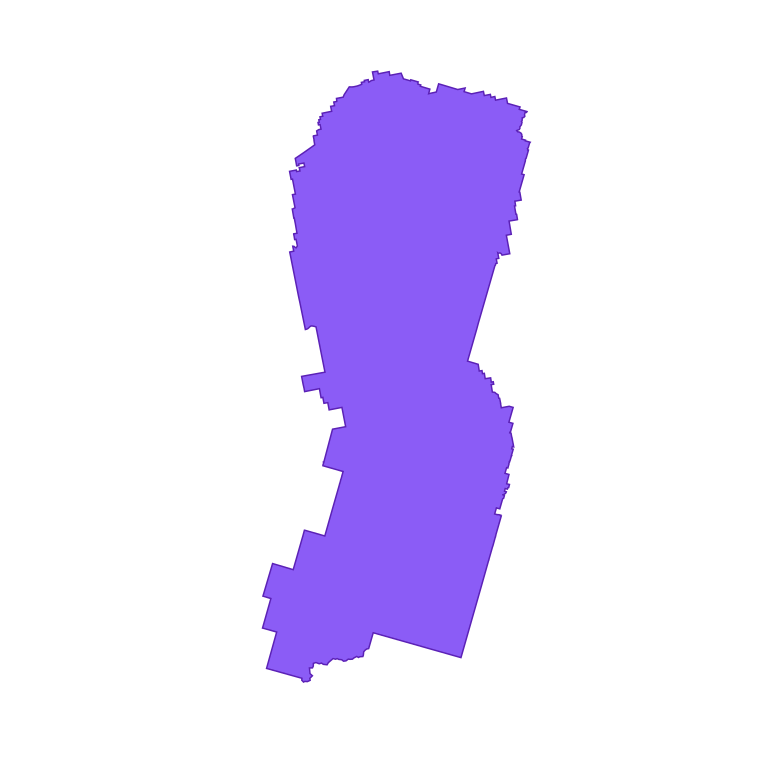 the district of Beverley, Western Australia, Australia, rotated 286°
{"feature_id": "25037944B89171502248139", "entity_name": "Beverley", "entity_type": "district", "adm_level": 2, "iso_a3": "AUS", "parent_name": "Australia", "parent_adm1": "Western Australia", "projection": "orthographic", "projection_center": [116.842, -32.16], "detail": "fine", "context": "isolated", "style": "filled", "palette": "violet", "viewbox_px": 768, "rotation_deg": 286, "n_neighbors": 0, "source": "geoboundaries", "source_scale": "gbopen_adm2", "svg_char_len": 5768}
<svg xmlns="http://www.w3.org/2000/svg" viewBox="0 0 768 768"><g transform="rotate(286 384 384)"><path d="M125.4,442.2L141.9,442.2L142.2,533.4L217.1,533.3L243.0,533.2L243.3,533.3L243.5,533.3L243.7,533.2L244.2,533.3L244.8,533.2L245.7,533.2L248.6,533.2L249.3,533.2L249.5,533.2L250.8,533.2L251.3,533.2L251.6,533.2L252.7,533.2L253.3,533.2L253.5,533.2L253.8,533.2L255.3,533.2L255.7,533.2L257.2,533.2L257.5,533.2L258.4,533.3L266.5,533.2L266.9,533.2L267.8,533.2L267.9,533.3L268.1,533.2L269.5,533.2L269.8,533.1L289.5,533.1L289.5,532.4L290.1,532.4L290.0,531.1L290.1,530.6L289.7,529.1L289.6,528.8L289.6,526.9L289.6,526.2L295.9,526.2L295.9,529.7L306.3,529.7L307.1,530.5L308.0,530.5L310.0,530.5L310.1,530.4L310.1,529.1L310.4,528.9L310.6,529.4L310.9,529.7L312.0,530.7L312.2,530.9L312.4,531.0L312.9,531.1L313.9,531.3L314.1,531.3L314.1,529.4L316.9,529.3L317.0,531.6L318.2,531.6L318.8,532.4L322.0,532.3L321.9,529.4L331.5,529.1L331.5,524.9L337.4,524.9L337.4,526.2L341.4,526.2L341.5,526.2L341.8,526.1L342.0,525.9L342.3,525.9L342.5,526.0L343.6,526.2L343.8,526.0L343.8,525.9L344.0,525.8L344.3,526.0L345.0,526.2L345.0,526.3L349.6,526.3L350.1,526.5L350.1,526.2L356.9,526.2L356.9,524.6L359.3,524.6L359.3,526.0L361.1,525.1L361.4,525.0L362.9,524.2L363.7,523.8L367.7,521.8L368.2,521.5L368.4,521.2L368.6,521.2L371.7,519.7L371.7,518.3L372.3,518.3L372.3,518.8L381.7,518.8L381.7,514.6L397.1,514.6L397.1,510.5L393.5,503.3L397.4,501.4L397.5,501.5L402.1,499.1L402.0,498.2L405.2,496.6L405.6,494.6L406.5,492.8L406.1,490.4L412.9,487.2L414.0,489.5L416.3,488.4L415.4,486.6L419.3,484.8L417.0,479.8L421.9,477.5L421.1,475.8L423.9,474.5L422.7,472.0L428.9,469.1L428.9,468.8L429.0,458.0L440.4,458.0L448.7,458.0L462.3,458.0L468.6,457.9L528.2,458.0L529.0,458.3L530.7,458.3L531.3,459.4L535.2,457.4L535.3,457.4L536.4,459.7L541.1,457.4L541.3,457.3L541.2,457.5L541.3,458.2L541.6,458.6L541.9,459.1L541.9,459.5L541.7,460.5L541.1,461.3L540.4,461.9L543.9,469.0L560.7,460.6L563.0,465.1L575.1,459.3L578.7,466.9L578.8,467.0L583.7,464.7L583.8,464.5L583.6,464.0L591.1,460.4L591.6,461.4L595.8,459.4L598.6,465.2L605.8,461.7L605.8,461.0L623.8,461.0L623.8,458.4L637.4,458.4L638.1,458.2L639.5,458.0L640.1,458.4L648.6,458.4L648.6,457.6L649.3,457.6L649.8,457.0L650.2,457.2L650.8,457.4L651.2,457.5L655.4,457.5L655.8,457.6L656.7,457.9L656.7,457.5L656.7,452.8L657.4,452.8L657.4,448.7L659.9,448.7L659.9,448.3L660.1,448.3L662.0,447.6L663.0,446.4L663.5,444.6L663.3,442.9L664.2,441.7L665.9,443.9L667.3,444.2L668.6,443.7L671.1,444.7L671.7,444.5L673.4,444.6L674.1,444.1L674.3,443.8L675.2,444.2L676.0,443.9L676.7,443.9L678.0,443.5L678.6,444.5L678.6,444.8L680.1,445.6L681.8,444.8L684.1,444.8L684.1,445.8L684.8,446.3L685.3,446.4L685.3,438.3L687.8,438.4L687.8,425.4L692.7,422.9L687.6,413.0L690.9,411.3L689.0,407.8L691.7,406.4L688.9,400.9L692.7,398.9L687.0,388.1L687.1,380.4L690.9,380.4L687.4,373.7L687.6,356.7L687.6,353.8L679.1,353.8L676.3,348.6L675.3,346.9L680.1,346.8L680.2,336.9L681.6,336.9L681.6,334.0L683.0,333.6L683.3,333.5L683.8,333.6L683.8,325.9L682.7,325.9L682.7,318.6L687.5,314.8L682.3,304.5L685.7,302.9L680.6,293.0L683.0,291.7L680.8,286.9L673.5,290.6L672.4,288.6L672.2,288.2L671.9,287.9L671.6,287.7L671.3,287.5L669.9,286.2L670.2,285.9L672.2,284.9L670.4,281.4L669.2,282.0L667.7,279.1L666.0,280.0L665.9,280.0L663.4,276.6L662.9,275.8L662.2,274.5L661.3,272.8L661.0,272.1L660.7,271.2L660.0,268.7L652.9,266.5L651.3,266.0L650.6,265.9L648.5,265.7L645.4,259.6L643.6,260.4L643.1,260.6L642.6,260.7L641.2,258.0L637.9,259.7L636.2,256.2L631.7,258.5L627.8,251.0L627.2,249.9L624.5,251.3L623.2,248.8L620.8,250.0L620.0,248.5L617.8,249.6L617.2,248.5L615.0,249.6L615.7,251.1L611.6,253.2L610.7,251.4L610.5,251.1L608.7,249.5L604.9,251.4L603.1,247.8L602.8,247.7L598.9,249.7L598.7,249.6L594.8,251.5L584.2,243.0L576.4,236.5L573.1,238.2L569.6,239.9L569.6,240.0L570.6,241.9L571.9,241.3L574.3,246.1L571.1,247.8L568.6,242.9L565.6,244.5L564.1,241.4L565.5,240.7L562.4,234.6L555.1,238.3L555.7,239.6L542.1,246.5L540.8,243.8L532.2,248.2L528.9,249.9L527.0,247.9L526.9,247.6L518.6,251.6L518.8,252.0L514.8,254.0L514.7,254.1L504.9,258.8L503.5,255.8L503.3,255.8L501.2,256.9L498.2,258.3L498.8,259.6L492.8,262.7L490.7,262.0L490.8,261.0L491.5,259.5L491.3,258.3L486.8,260.6L484.9,257.0L447.6,276.2L444.5,277.8L439.1,280.7L414.7,293.4L415.5,294.7L416.2,295.5L416.8,295.9L418.0,296.6L419.0,297.2L419.3,297.4L419.3,297.5L419.9,298.4L420.1,299.9L420.2,301.6L420.1,303.0L419.9,303.1L417.2,304.4L417.1,304.5L395.6,315.5L379.1,324.0L368.6,302.7L361.3,306.4L357.7,308.4L354.8,309.8L361.7,323.2L357.9,325.1L353.6,327.2L353.8,327.8L353.7,327.8L354.3,328.9L348.9,331.6L350.6,335.1L344.0,338.4L349.9,350.0L332.4,358.9L326.4,347.0L292.2,347.7L292.2,347.3L290.9,347.7L290.0,347.7L289.3,347.6L289.1,347.7L288.6,347.8L288.6,368.8L286.6,368.8L286.2,368.9L285.3,368.8L284.9,368.9L283.9,368.8L283.5,368.9L281.4,368.9L280.0,368.8L278.3,368.9L277.4,368.9L277.2,368.9L276.4,368.9L276.1,368.9L275.6,368.8L274.9,368.9L274.5,368.9L272.9,368.9L271.7,368.9L270.3,368.9L269.3,368.9L268.9,368.9L268.7,368.9L267.7,368.9L266.0,368.9L264.6,368.9L262.5,368.9L260.8,368.9L260.7,368.9L258.8,368.9L257.0,368.9L256.3,368.9L254.8,368.9L254.1,368.9L252.8,368.9L221.6,369.0L221.6,348.1L221.5,347.8L216.5,347.9L180.5,347.9L180.7,326.4L146.7,326.1L146.6,334.4L115.9,334.5L116.0,349.2L78.2,349.5L78.5,386.2L76.6,386.6L75.3,388.8L76.3,389.9L76.8,392.4L78.8,394.7L80.6,393.8L83.8,395.6L85.2,392.7L90.5,390.6L91.4,393.5L93.3,393.8L96.0,393.1L97.5,395.4L97.2,398.8L98.5,400.9L97.8,402.9L98.4,406.7L100.8,407.3L106.0,410.7L106.1,413.4L107.1,414.6L106.8,416.5L107.3,419.3L106.4,421.5L107.4,423.8L109.7,425.5L109.9,426.9L110.0,427.3L110.8,429.5L112.4,430.6L114.6,432.9L114.1,434.9L115.1,435.8L116.2,438.8L117.6,438.9L121.0,438.3L123.1,439.3L124.5,440.4L125.4,442.2Z" fill="#8b5cf6" stroke="#5b21b6" stroke-width="1.5"/></g></svg>